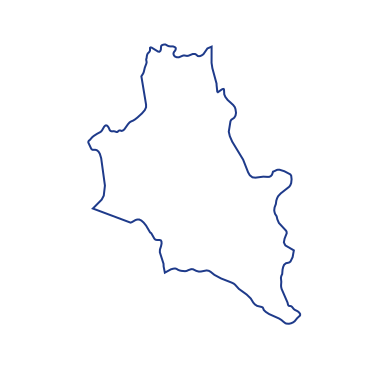 map outline of Jönköping (Robinson projection), rotated 257°
{"feature_id": "SWE-179", "entity_name": "Jönköping", "entity_type": "County", "adm_level": 1, "iso_a3": "SWE", "parent_name": "Sweden", "parent_adm1": "", "projection": "robinson", "projection_center": [14.478, 57.556], "detail": "fine", "context": "isolated", "style": "outline", "palette": "blue", "viewbox_px": 384, "rotation_deg": 257, "n_neighbors": 0, "source": "natural_earth", "source_scale": "10m", "svg_char_len": 3581}
<svg xmlns="http://www.w3.org/2000/svg" viewBox="0 0 384 384"><g transform="rotate(257 192 192)"><path d="M44.9,252.0L47.2,250.3L49.2,248.3L55.7,239.7L58.6,236.9L60.9,235.4L62.6,235.2L63.6,234.9L64.3,234.0L66.4,229.8L68.3,228.0L70.5,226.8L75.0,225.3L79.8,222.2L87.0,215.9L92.0,213.1L93.4,212.0L94.9,210.1L101.2,200.9L106.2,195.2L110.0,192.2L111.4,190.7L112.3,188.6L112.5,182.9L112.9,180.8L114.2,178.4L116.5,175.6L117.0,173.9L116.7,170.9L116.3,169.1L116.4,167.4L117.6,163.8L118.4,162.2L119.3,160.9L120.6,159.6L121.3,158.3L121.5,156.4L121.4,154.1L119.5,147.4L125.8,147.6L128.5,148.1L140.5,147.1L143.1,147.8L146.1,149.6L148.7,150.8L150.6,151.1L151.8,150.8L152.4,149.9L152.7,149.0L153.0,147.6L153.3,146.6L153.7,145.8L154.2,145.3L155.1,144.8L160.8,143.1L161.3,142.8L162.0,142.1L169.6,139.7L173.1,138.0L175.6,136.2L177.1,134.3L177.5,132.4L177.4,130.7L176.2,126.8L176.0,125.4L176.0,125.2L198.2,91.7L204.9,102.3L208.3,105.2L217.8,108.6L245.3,111.1L249.9,110.8L252.4,110.0L254.2,108.6L254.9,107.2L255.5,104.6L256.2,103.8L257.4,103.4L263.5,102.1L264.3,102.3L265.2,103.0L265.6,104.0L267.9,107.2L268.8,109.1L270.1,112.7L271.0,116.1L271.4,117.0L272.2,118.1L275.4,121.1L276.1,122.2L276.3,123.2L275.9,124.0L275.4,124.4L274.5,124.9L273.4,125.3L270.7,125.8L269.7,126.5L269.1,127.6L268.9,129.2L268.4,130.4L267.4,132.0L267.3,132.9L268.1,134.2L268.3,135.1L268.1,136.0L267.4,136.9L267.4,138.3L268.2,140.1L272.5,144.9L273.9,146.9L274.5,148.7L274.8,150.6L275.5,152.7L276.9,155.7L279.9,161.0L282.4,164.4L284.9,166.3L287.5,166.9L316.1,168.7L318.5,171.1L319.8,172.0L323.8,174.0L327.4,176.4L328.7,177.0L331.0,177.1L331.8,177.3L332.5,177.8L334.9,178.7L336.0,179.3L337.0,180.1L337.8,181.5L338.4,182.2L339.3,182.9L341.9,183.5L342.2,184.1L341.8,185.1L336.4,190.6L336.0,191.8L336.6,192.9L337.8,193.7L340.5,194.5L341.4,195.0L341.9,196.0L342.0,197.5L341.8,199.1L340.8,200.4L340.5,200.6L340.2,200.9L339.4,202.0L338.7,203.7L338.1,206.3L337.1,207.8L336.1,208.5L335.1,208.4L334.2,207.9L333.4,207.2L332.7,206.2L331.9,205.5L331.1,205.1L330.1,205.0L329.0,205.2L327.7,206.0L326.7,207.5L326.2,209.5L326.9,213.6L326.9,214.9L325.7,217.8L325.6,219.3L326.3,223.7L325.8,226.0L324.9,227.0L323.2,228.2L322.9,228.9L322.6,230.3L322.9,232.1L323.7,234.1L328.4,239.3L329.2,243.8L313.4,240.1L308.1,239.7L292.1,240.3L290.6,240.0L284.1,239.2L283.4,239.7L284.9,243.3L285.4,244.8L285.3,246.0L284.5,246.2L279.9,245.4L277.1,245.9L273.7,247.4L267.5,251.7L265.0,252.8L263.0,253.0L259.2,252.7L256.7,251.6L254.9,249.9L254.2,248.3L253.6,246.6L252.3,245.4L242.5,241.4L237.9,241.4L232.0,242.5L212.0,249.1L198.5,251.1L195.3,252.1L192.7,254.2L191.7,257.0L190.9,265.0L189.7,269.1L189.4,270.7L189.7,272.2L190.6,273.6L191.7,274.4L193.6,275.5L193.8,277.1L194.4,279.5L194.4,280.7L194.0,282.3L191.5,286.6L187.2,291.6L186.8,291.9L186.4,292.0L185.5,292.3L182.0,291.9L178.3,290.6L176.5,289.3L175.3,288.0L170.7,278.2L168.7,275.2L168.1,274.6L166.6,273.4L164.6,272.2L161.4,271.0L158.4,269.0L155.7,268.0L154.1,267.9L152.1,268.0L149.3,269.0L146.2,269.0L142.3,269.7L133.0,275.0L131.9,275.2L130.5,275.0L125.7,271.7L122.3,270.2L120.2,270.6L118.9,271.0L112.2,278.1L105.9,275.4L102.1,272.3L101.5,271.0L101.4,269.5L101.5,267.7L100.4,265.4L98.5,264.0L96.1,262.8L91.7,261.4L90.2,260.2L89.2,259.7L88.2,259.3L84.4,258.8L81.1,257.8L79.5,257.5L77.4,257.5L62.8,260.2L60.8,260.2L59.8,260.4L59.2,260.9L58.9,261.8L58.6,262.6L58.1,263.2L57.4,263.7L55.1,264.8L54.1,265.6L52.2,267.9L51.3,268.7L50.2,269.4L48.9,269.9L47.8,269.7L47.3,269.4L45.4,266.1L43.0,263.0L42.2,261.1L41.8,259.0L41.8,256.9L42.4,254.8L43.0,253.6L44.9,252.0Z" fill="none" stroke="#1e3a8a" stroke-width="2"/></g></svg>